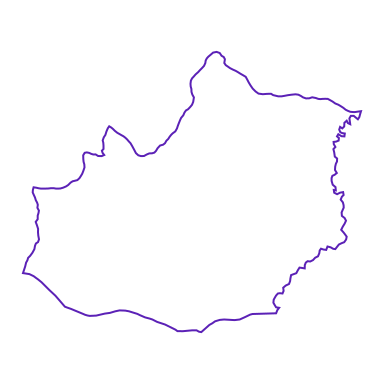 São Francisco de Sales, Minas Gerais, Brazil (Robinson projection)
{"feature_id": "56859067B34500113916882", "entity_name": "São Francisco de Sales", "entity_type": "district", "adm_level": 2, "iso_a3": "BRA", "parent_name": "Brazil", "parent_adm1": "Minas Gerais", "projection": "robinson", "projection_center": [-49.843, -19.775], "detail": "fine", "context": "isolated", "style": "outline", "palette": "violet", "viewbox_px": 384, "rotation_deg": 0, "n_neighbors": 0, "source": "geoboundaries", "source_scale": "gbopen_adm2", "svg_char_len": 4300}
<svg xmlns="http://www.w3.org/2000/svg" viewBox="0 0 384 384"><path d="M33.6,187.3L32.9,189.9L32.7,192.4L33.7,194.7L35.0,197.5L35.8,200.2L37.1,202.6L37.8,204.8L37.4,207.8L38.9,210.6L38.5,213.0L37.7,215.6L37.7,219.2L35.7,221.9L37.0,225.4L38.1,228.9L38.0,232.2L38.3,235.7L39.0,239.3L38.0,242.1L35.9,243.5L35.0,245.8L34.4,249.1L32.4,252.8L30.1,255.9L28.1,257.9L27.4,260.3L26.1,262.6L25.2,266.4L23.0,273.1L29.4,274.1L33.7,276.2L36.1,278.0L37.8,279.2L41.5,282.2L45.0,285.7L49.3,290.0L55.4,295.7L58.7,299.5L64.9,306.7L67.0,307.5L71.0,308.9L74.1,310.2L82.8,313.8L85.1,314.8L87.5,315.5L89.7,315.9L96.2,315.6L104.8,313.6L109.9,312.9L115.3,311.3L119.6,310.4L125.2,310.6L129.0,311.3L137.4,313.9L139.8,315.1L145.1,317.4L149.7,318.6L152.4,319.5L157.1,321.9L165.0,324.5L175.5,329.7L177.4,331.1L182.8,331.2L192.5,330.3L196.5,330.3L199.0,331.7L201.3,332.1L209.4,324.9L212.3,323.3L215.1,321.3L219.8,319.9L224.1,319.5L234.6,320.1L239.7,319.5L244.8,317.2L250.2,314.6L252.5,314.0L276.1,313.3L277.3,310.2L279.1,307.8L276.1,307.3L274.5,304.7L273.4,302.7L273.7,299.7L274.8,297.7L276.1,295.5L277.9,293.5L279.9,293.2L282.5,293.5L283.6,290.9L283.2,287.7L285.8,285.5L289.0,284.0L290.1,281.1L290.4,278.5L291.1,275.1L293.5,274.2L296.3,273.2L297.8,270.3L299.5,267.6L301.7,267.9L304.7,268.4L304.8,265.1L305.8,262.6L307.6,261.2L310.2,261.5L313.0,260.1L315.2,257.7L318.0,256.3L319.3,253.2L319.7,250.5L321.0,248.7L323.4,249.5L326.2,249.9L327.5,246.5L330.6,247.3L333.2,248.8L335.3,249.1L337.0,246.9L338.9,244.5L341.6,243.2L344.2,242.2L346.1,239.5L346.7,236.7L345.2,234.6L343.6,232.5L341.2,229.8L342.8,226.6L344.6,223.7L346.0,220.7L344.6,218.0L341.9,215.9L341.6,212.5L342.7,209.9L343.7,207.7L343.6,205.2L342.9,202.4L340.7,199.6L341.9,196.7L343.6,195.0L343.1,192.1L340.0,192.7L337.1,194.2L334.2,192.7L333.8,190.0L335.8,190.4L335.5,187.1L332.7,184.7L331.6,180.9L331.6,178.0L332.4,175.8L334.6,174.8L336.8,173.0L335.0,170.0L335.2,166.6L335.9,163.7L337.0,161.5L337.1,158.5L334.8,156.6L334.2,152.3L333.4,149.1L335.4,147.0L333.8,144.2L333.6,141.9L336.1,141.6L338.6,140.6L338.9,138.0L337.0,136.4L338.3,134.2L341.5,136.2L344.4,136.4L344.8,133.5L342.2,133.1L340.3,132.2L339.2,129.6L340.1,126.9L342.3,128.4L344.2,126.5L344.4,122.8L346.7,120.7L347.9,123.1L350.2,124.2L349.8,121.1L349.4,118.4L350.8,115.9L353.8,115.9L355.7,117.5L357.9,119.3L359.3,117.2L360.1,114.2L361.0,111.2L358.0,111.6L354.7,112.1L352.4,112.0L350.3,111.8L347.8,110.8L345.6,109.7L343.3,107.8L340.5,106.0L338.3,104.7L335.3,103.5L332.5,101.5L330.0,100.1L327.8,98.9L325.2,98.8L322.5,98.9L320.4,99.1L318.3,98.9L315.8,98.0L312.2,97.3L309.2,98.3L306.0,98.4L303.1,97.4L300.8,95.9L298.4,94.7L295.5,94.3L291.5,94.7L287.8,95.2L284.7,95.8L281.8,96.3L278.1,96.3L275.2,95.6L273.1,95.1L271.1,93.8L269.0,93.8L266.6,93.9L262.8,94.2L258.5,93.6L255.6,91.5L252.7,88.6L250.5,85.4L248.7,82.4L247.3,79.7L245.7,76.8L243.2,75.3L240.4,73.7L237.7,72.0L235.6,70.8L232.9,69.6L230.0,68.1L227.6,66.4L225.8,65.2L224.3,63.0L224.9,59.2L223.7,57.0L221.6,55.8L219.7,53.0L216.6,51.9L213.1,52.6L210.7,54.7L208.3,56.7L206.8,58.4L205.7,60.5L205.3,63.1L204.0,65.9L201.9,68.2L199.9,70.2L198.2,72.1L195.6,74.4L193.6,76.7L192.1,78.3L190.9,80.6L190.5,83.8L190.7,86.5L191.4,89.0L191.5,91.9L192.3,94.5L193.9,97.4L193.2,101.9L192.0,104.8L190.2,107.0L188.0,109.3L186.0,110.4L184.5,112.5L183.3,115.3L181.1,117.9L180.1,120.1L178.8,123.3L177.7,126.2L177.0,128.4L175.3,131.4L172.6,133.4L171.1,134.9L169.6,136.8L168.2,139.0L166.4,140.7L165.0,143.2L163.1,144.7L160.1,145.5L157.6,148.2L156.0,150.9L154.4,152.6L152.1,153.3L149.3,153.4L146.7,154.5L144.0,156.0L141.0,156.1L138.3,155.3L135.9,153.1L134.3,150.0L132.2,146.1L130.5,143.2L128.8,141.4L127.0,139.3L125.3,137.7L123.5,136.3L121.5,135.2L119.6,134.1L117.3,132.8L114.8,130.8L112.9,128.9L111.2,127.5L109.2,126.3L107.8,128.3L106.4,131.6L105.4,134.9L103.8,137.3L102.7,140.4L103.3,142.8L103.5,145.6L103.5,149.0L101.9,150.7L102.6,152.9L104.2,155.0L101.7,156.1L98.1,156.0L95.6,154.4L93.3,154.5L91.3,153.9L89.2,152.9L86.8,152.4L84.7,152.8L83.2,155.3L83.3,159.1L83.6,161.9L84.3,164.3L84.5,167.4L83.3,171.0L82.2,173.8L80.8,176.1L79.5,178.1L77.4,180.1L74.7,180.8L72.6,181.3L70.6,182.6L68.2,185.0L66.1,186.4L63.1,187.7L60.3,188.5L58.1,188.6L56.0,188.6L53.8,188.2L51.0,188.2L48.2,188.5L45.1,188.6L40.9,188.6L38.8,188.3L36.2,187.7L33.6,187.3Z" fill="none" stroke="#5b21b6" stroke-width="2"/></svg>